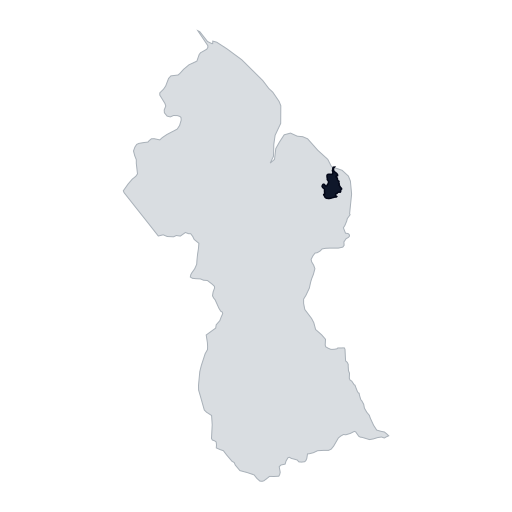 VI-1 East Berbice/W.Canje, East Berbice-Corentyne, Guyana shown in context
{"feature_id": "73187651B47242148474539", "entity_name": "VI-1 East Berbice/W.Canje", "entity_type": "district", "adm_level": 2, "iso_a3": "GUY", "parent_name": "Guyana", "parent_adm1": "East Berbice-Corentyne", "projection": "robinson", "projection_center": [-57.533, 6.069], "detail": "fine", "context": "in_parent", "style": "filled", "palette": "ink", "viewbox_px": 512, "rotation_deg": 0, "n_neighbors": 0, "source": "geoboundaries", "source_scale": "gbopen_adm2", "svg_char_len": 5614}
<svg xmlns="http://www.w3.org/2000/svg" viewBox="0 0 512 512"><path d="M158.3,236.0L146.9,221.5L135.4,207.0L124.1,192.7L123.3,190.8L128.1,184.0L132.3,179.1L135.8,176.3L137.5,173.9L136.3,163.4L136.3,159.7L134.7,155.6L133.5,151.0L134.9,147.1L136.7,144.4L138.9,143.4L144.1,142.5L147.9,142.1L149.2,140.6L151.4,138.8L154.2,138.7L159.8,139.9L162.3,137.6L166.9,134.5L177.2,129.1L179.6,125.5L181.2,120.1L181.0,117.5L180.0,116.5L177.4,115.6L173.5,115.5L170.3,116.9L167.1,116.1L164.4,112.8L164.2,110.0L165.8,106.0L164.9,103.4L159.8,95.1L159.8,92.9L163.6,89.1L165.7,86.0L168.6,78.4L170.9,75.9L178.1,75.0L179.9,73.4L183.6,69.3L189.0,64.8L196.9,61.1L199.2,54.5L200.6,52.7L206.8,49.2L207.9,47.3L207.8,45.6L197.8,30.7L199.8,31.7L207.5,41.5L211.8,43.6L212.7,43.6L212.8,41.1L216.7,42.2L226.9,48.8L241.8,59.8L262.8,80.6L268.8,88.5L272.8,92.2L279.0,101.3L280.8,105.7L280.7,123.4L275.1,135.3L273.8,144.3L273.5,156.2L270.2,163.1L274.5,159.4L275.8,148.6L279.5,142.0L284.2,134.8L290.5,133.1L297.3,136.2L302.7,136.7L307.6,138.8L317.8,150.3L327.8,159.4L331.5,166.7L342.1,170.3L348.4,176.1L350.4,181.1L351.6,194.1L349.6,213.7L350.1,214.7L347.3,218.6L346.7,221.1L344.9,225.4L343.4,227.8L345.5,233.2L347.9,233.5L348.9,234.2L349.5,235.2L349.3,236.4L348.4,237.4L346.1,238.7L343.9,241.9L344.1,245.3L342.8,247.1L338.4,248.1L329.8,248.1L325.6,248.3L322.2,248.9L320.0,251.1L317.2,252.7L315.0,253.1L313.0,255.7L311.1,259.4L311.7,261.9L313.7,265.3L314.9,268.7L313.4,274.3L311.7,278.6L310.7,281.9L309.3,288.2L306.0,295.2L303.6,299.1L303.6,303.4L304.8,309.5L311.6,318.5L313.8,322.7L315.6,329.5L321.7,334.9L325.5,339.3L325.2,345.0L325.7,346.8L328.1,348.2L330.9,349.4L334.1,349.3L337.0,348.8L337.7,348.0L344.3,347.9L345.0,349.3L345.4,357.6L345.6,360.9L347.2,362.3L348.2,364.3L348.2,366.2L348.5,370.8L349.5,373.2L349.3,378.2L350.0,380.0L351.8,381.2L354.1,384.7L355.0,385.2L355.4,386.4L357.4,391.5L358.4,393.0L359.1,393.2L359.4,395.0L360.8,399.7L361.8,400.8L363.7,404.3L364.4,408.1L366.8,412.3L369.3,415.3L370.4,418.4L373.6,425.3L376.7,430.1L380.9,431.3L384.4,432.0L386.6,433.8L388.7,435.8L386.4,436.8L384.3,438.0L381.5,437.0L377.5,437.6L373.4,438.9L369.5,439.6L362.3,437.4L360.2,437.1L358.7,436.2L355.7,431.9L354.3,431.4L350.4,433.4L345.8,434.8L343.5,434.5L340.8,436.0L338.4,437.9L333.6,446.2L331.2,449.1L328.5,450.4L323.2,450.4L317.6,450.7L313.4,452.7L309.5,453.7L307.5,453.9L306.8,458.4L305.9,460.5L304.7,461.7L301.6,462.1L298.9,461.9L297.2,460.0L294.1,459.1L291.3,458.4L289.5,457.3L288.1,457.6L286.9,459.5L286.0,461.1L285.1,464.1L281.0,465.0L279.2,466.7L280.2,472.3L279.7,474.5L278.8,476.2L273.8,476.5L269.5,476.4L267.0,478.4L263.9,480.8L262.1,481.3L259.9,481.1L256.9,478.4L254.1,474.9L247.0,472.5L239.9,470.6L235.3,465.1L234.2,462.5L232.0,461.3L226.5,454.8L223.4,450.7L220.1,449.6L216.3,447.9L216.5,444.9L216.2,442.0L214.6,440.8L212.3,440.0L211.5,438.4L211.7,434.6L212.2,424.8L211.6,415.5L206.5,412.2L204.3,410.0L200.4,396.2L198.6,390.0L198.5,385.4L199.8,371.6L201.3,365.6L205.2,353.6L207.5,349.6L207.6,346.5L207.4,342.6L206.2,335.0L212.9,330.1L215.7,328.1L216.2,324.8L219.8,320.7L221.3,316.8L222.7,313.7L222.3,312.1L220.7,311.2L218.9,308.2L215.1,299.8L213.7,298.1L212.5,295.8L213.1,292.0L214.6,288.0L214.4,286.3L212.1,284.1L207.4,280.5L203.5,280.2L200.4,278.9L196.0,278.7L192.4,278.3L190.3,277.0L190.8,274.7L191.7,273.0L194.7,268.8L196.7,264.3L197.0,259.8L197.6,254.0L198.4,249.0L198.9,243.3L194.2,239.5L192.7,236.4L190.7,233.7L188.6,233.7L185.4,232.5L180.3,236.1L176.3,235.5L173.6,236.8L167.2,236.5L163.2,234.8L158.3,236.0Z" fill="#d9dde1" stroke="#a8b0b8" stroke-width="1"/><path d="M328.8,198.5L329.2,198.5L329.8,198.4L330.4,198.3L331.0,198.2L331.5,198.0L332.0,197.8L332.5,197.7L333.0,197.6L333.6,197.4L334.2,197.2L335.0,197.1L336.3,197.0L336.8,196.5L336.5,196.2L336.0,196.3L335.6,195.9L335.5,195.4L335.6,194.7L335.8,194.1L336.1,193.6L336.7,193.5L337.1,193.3L337.5,192.8L337.9,192.3L338.6,192.2L339.1,192.2L339.6,192.1L340.2,192.2L340.6,191.7L340.7,191.0L340.7,190.5L340.7,189.9L341.1,189.4L341.3,189.3L341.6,189.1L341.6,188.6L341.3,188.1L340.8,187.7L340.4,187.3L340.1,186.7L339.9,186.2L339.4,185.8L339.1,185.4L339.1,184.7L339.3,184.2L339.1,183.5L338.8,183.1L338.8,182.5L338.9,182.0L339.0,181.3L338.3,180.9L338.0,180.6L337.7,180.0L337.4,179.6L337.3,178.9L337.4,178.3L337.0,177.8L336.5,177.4L336.1,177.0L335.9,176.5L336.2,176.0L336.7,175.9L337.2,175.9L337.6,175.7L337.6,175.1L337.5,174.6L337.2,174.1L336.8,173.6L336.3,173.1L335.8,172.7L335.4,172.4L335.0,172.1L334.5,171.7L334.0,171.1L333.7,170.7L333.6,170.2L333.5,169.6L333.5,168.9L333.4,168.4L334.5,167.1L334.0,167.1L333.3,167.3L332.9,167.9L332.8,168.7L332.8,169.1L332.9,169.3L332.5,170.2L332.4,170.4L332.5,171.0L332.7,171.6L332.8,172.1L332.9,172.8L332.7,173.5L332.4,173.9L332.0,174.3L331.6,174.3L331.0,174.4L330.5,174.3L329.8,174.3L329.2,174.2L328.7,174.3L328.1,174.3L327.7,174.5L327.2,174.9L327.0,175.4L327.0,175.9L327.0,176.6L327.0,177.2L327.3,177.7L327.3,178.4L327.2,179.0L327.3,179.6L327.5,180.0L327.9,180.4L328.2,180.9L328.5,181.6L328.5,182.2L328.4,182.8L328.2,183.4L327.9,184.0L327.5,184.5L327.2,185.0L326.8,185.7L326.4,186.1L325.9,186.1L325.5,185.9L325.1,185.4L324.8,185.0L324.4,184.5L323.9,184.2L323.4,184.2L322.9,184.5L322.6,185.0L322.3,185.4L322.2,185.9L322.1,186.6L322.5,187.1L322.8,187.6L323.2,188.0L323.6,188.2L324.1,188.6L324.4,189.1L324.5,189.7L324.5,190.3L324.5,190.8L324.5,191.5L324.5,192.0L324.6,192.6L324.8,193.1L324.8,193.7L324.6,194.3L324.1,194.2L323.7,194.4L323.7,194.9L324.1,195.4L324.4,195.9L324.6,196.4L324.8,196.9L325.3,197.5L325.8,197.9L326.2,198.1L326.7,198.3L327.2,198.3L327.7,198.4L328.2,198.5L328.8,198.5Z" fill="#0f172a" stroke="#020617" stroke-width="1.5"/></svg>